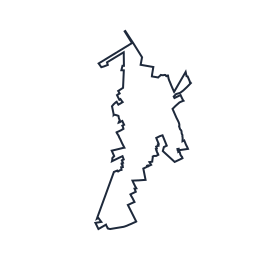 Maxcanú, Yucatán, Mexico (Albers equal-area conic projection), rotated 58°
{"feature_id": "50627088B53037445853541", "entity_name": "Maxcanú", "entity_type": "district", "adm_level": 2, "iso_a3": "MEX", "parent_name": "Mexico", "parent_adm1": "Yucatán", "projection": "albers", "projection_center": [-90.068, 20.597], "detail": "fine", "context": "isolated", "style": "outline", "palette": "slate", "viewbox_px": 256, "rotation_deg": 58, "n_neighbors": 0, "source": "geoboundaries", "source_scale": "gbopen_adm2", "svg_char_len": 5110}
<svg xmlns="http://www.w3.org/2000/svg" viewBox="0 0 256 256"><g transform="rotate(58 128 128)"><path d="M44.3,79.6L58.1,79.6L57.7,118.7L58.8,118.6L62.3,118.4L63.0,115.9L63.8,111.7L61.2,111.0L61.5,91.5L62.6,92.1L64.0,93.0L73.1,98.5L72.3,99.7L75.5,103.0L76.9,101.0L91.3,110.9L91.4,116.7L92.2,116.7L94.3,116.8L94.2,118.4L94.3,118.4L94.3,119.9L99.5,120.4L99.5,120.1L99.4,119.7L99.4,119.1L100.8,119.0L101.7,119.0L103.2,118.8L103.2,119.3L103.2,119.7L103.2,120.8L103.2,121.9L103.1,122.7L103.1,123.8L102.5,123.8L101.6,123.8L100.5,123.8L99.7,123.7L99.7,124.5L99.8,125.1L100.0,126.2L100.2,127.2L100.3,127.8L100.5,128.3L100.7,128.8L100.8,129.3L101.1,130.1L102.1,130.4L103.4,130.9L108.8,132.9L108.9,133.0L109.0,133.1L109.3,133.3L109.2,132.9L109.8,132.4L109.9,132.2L110.0,132.0L110.1,131.9L110.4,131.5L110.6,131.4L111.3,130.8L111.7,130.4L111.9,130.3L112.2,130.0L112.7,129.7L113.3,129.9L113.6,130.0L114.0,130.2L114.2,130.3L114.7,130.5L115.1,130.6L115.3,130.7L115.5,130.7L116.0,130.7L116.5,130.8L116.9,130.8L117.1,130.9L117.4,131.3L117.5,131.6L118.0,132.4L118.1,132.6L118.4,133.0L118.5,133.1L118.6,132.5L118.7,131.7L118.8,130.5L119.0,129.1L120.4,129.3L121.3,129.4L122.2,129.5L123.2,129.6L123.0,131.3L123.0,131.6L123.3,131.6L124.5,131.7L124.8,131.8L125.6,132.1L126.3,132.3L126.3,133.4L126.2,134.1L126.2,135.5L126.1,136.2L126.0,136.8L125.9,138.1L125.8,138.5L125.7,139.1L125.6,139.7L125.6,140.0L126.2,140.1L126.3,140.0L126.5,140.1L127.3,140.1L127.8,140.1L128.2,140.1L128.4,140.1L128.6,140.1L128.8,140.1L129.0,140.1L129.3,140.0L129.5,140.1L129.8,140.1L130.1,140.2L130.3,140.2L130.5,140.3L131.1,140.3L131.3,140.4L131.7,140.4L132.4,140.5L132.7,140.5L133.0,140.5L133.3,140.5L137.8,141.1L142.8,141.5L142.4,142.4L142.3,142.7L139.7,150.6L139.4,151.4L139.4,151.5L138.6,153.8L143.6,154.5L144.5,154.6L144.8,155.6L144.9,156.5L145.3,157.3L145.7,157.6L146.2,157.8L147.1,158.6L147.7,159.2L148.4,152.3L148.5,151.2L148.6,150.6L149.0,147.6L152.4,148.3L152.2,149.6L152.3,149.6L152.3,150.4L154.9,150.7L154.7,151.7L154.9,151.7L155.2,151.8L155.1,152.3L155.1,152.5L156.4,152.6L156.7,152.3L158.4,153.1L157.7,154.6L160.1,155.7L159.5,157.4L159.5,157.6L159.7,159.2L159.3,159.6L159.2,159.8L158.7,159.8L158.7,159.7L158.4,159.7L158.1,161.5L157.8,163.3L158.0,163.5L168.7,177.2L173.8,183.7L174.8,185.0L180.5,192.3L186.5,200.0L188.5,202.5L188.6,200.8L193.5,200.4L191.2,205.9L198.0,206.6L198.3,197.9L199.2,198.1L201.6,198.2L201.7,198.3L202.4,198.2L202.5,198.3L202.8,198.2L202.9,197.9L203.1,197.8L204.2,196.7L209.3,184.5L209.4,184.3L209.8,182.9L210.3,180.6L210.6,178.4L211.0,176.1L211.3,173.7L211.7,171.0L211.7,170.6L193.2,168.9L193.4,167.5L193.6,166.0L193.6,165.6L193.8,164.5L193.9,163.4L194.1,162.5L194.2,161.7L193.0,161.6L191.8,161.5L190.6,161.4L189.5,161.3L188.4,161.3L187.6,161.3L186.6,161.2L185.9,161.1L185.6,161.1L185.8,159.0L186.2,155.2L182.9,154.6L183.6,152.9L180.8,152.8L180.0,152.7L179.4,152.6L178.8,152.6L178.1,152.5L177.1,152.4L175.0,152.1L177.2,148.2L177.6,147.5L177.9,147.0L181.3,140.6L180.5,140.3L170.5,136.5L170.8,134.1L170.9,133.1L171.0,132.1L170.7,132.0L170.6,131.9L170.2,131.8L170.3,131.6L170.3,131.2L170.6,131.3L170.6,130.9L170.8,130.6L171.2,130.7L171.2,130.1L171.5,127.9L168.3,127.9L169.4,125.3L168.5,124.6L168.2,124.4L165.6,122.2L165.3,122.1L165.4,120.8L166.6,118.9L166.8,116.5L165.8,116.3L165.8,116.5L162.3,115.9L162.3,115.7L161.3,115.6L160.5,115.4L160.7,114.4L158.7,114.0L158.7,113.6L159.2,111.5L157.7,111.3L157.8,110.4L153.5,109.7L151.4,109.3L151.8,105.3L151.9,104.9L152.5,102.6L163.5,104.5L163.2,107.7L166.0,110.7L181.5,106.4L182.5,97.8L181.3,97.5L181.1,97.6L180.4,97.6L180.2,97.7L178.4,97.7L176.3,97.0L175.2,96.9L175.0,98.0L174.7,97.8L173.2,97.7L172.0,97.2L172.5,96.0L173.8,96.6L175.9,91.9L177.5,88.2L175.7,87.9L172.9,87.7L170.7,87.3L168.3,86.9L168.1,88.8L165.7,87.1L165.1,86.8L163.7,86.2L163.4,85.9L162.5,85.5L161.6,85.5L161.2,85.4L160.3,85.0L159.0,84.3L157.8,84.2L156.8,84.5L153.7,83.8L153.5,83.3L152.8,83.1L152.1,82.5L150.1,82.0L148.5,81.8L146.4,81.6L145.1,81.5L135.4,80.1L135.1,78.7L134.5,76.2L133.6,70.8L133.9,68.5L134.3,66.5L133.5,66.6L131.2,66.4L127.9,66.0L127.2,72.7L125.6,72.6L124.7,69.4L125.8,65.1L125.5,61.3L124.5,56.2L123.2,50.9L122.6,51.1L122.4,51.0L122.1,51.3L121.0,50.9L115.9,50.1L115.1,50.9L111.0,49.4L121.8,69.8L121.5,69.8L120.8,69.6L120.4,69.6L120.1,69.5L119.3,69.4L118.2,69.3L117.1,69.1L116.3,69.0L115.7,68.9L115.1,68.8L114.9,68.8L114.4,68.7L114.0,68.6L113.1,68.5L113.0,68.4L112.2,68.3L111.1,68.1L110.7,68.0L110.2,68.0L108.7,67.7L108.4,67.6L108.1,67.5L107.8,67.5L107.2,67.3L106.6,67.0L105.9,66.8L104.8,66.3L104.6,66.3L104.5,66.8L104.5,67.0L104.4,67.5L104.4,67.9L104.4,68.0L104.2,68.1L103.9,68.1L103.6,68.1L103.3,68.1L103.1,68.2L102.9,68.2L102.8,68.3L102.7,68.4L102.5,68.6L102.4,68.9L102.3,69.1L102.1,69.6L102.0,69.9L101.8,70.3L101.7,70.5L101.4,70.9L101.2,71.2L101.0,71.4L100.8,71.7L100.5,71.9L100.4,72.0L100.5,72.5L100.8,73.7L100.8,73.8L100.9,74.1L100.9,74.6L100.9,75.2L100.9,75.7L101.0,75.8L100.9,75.9L100.6,76.3L100.0,76.9L96.9,80.4L95.6,79.4L89.7,74.2L81.1,83.8L76.1,79.2L75.5,78.8L75.4,78.6L58.9,78.6L58.1,78.6L54.9,78.7L50.3,78.8L44.3,78.9L44.3,79.6Z" fill="none" stroke="#1e293b" stroke-width="2"/></g></svg>